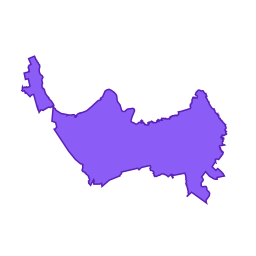 Hauraki District, Waikato, New Zealand (Albers equal-area conic projection), rotated 348°
{"feature_id": "76426892B20926799897700", "entity_name": "Hauraki District", "entity_type": "district", "adm_level": 2, "iso_a3": "NZL", "parent_name": "New Zealand", "parent_adm1": "Waikato", "projection": "albers", "projection_center": [175.627, -37.294], "detail": "fine", "context": "isolated", "style": "filled", "palette": "violet", "viewbox_px": 256, "rotation_deg": 348, "n_neighbors": 0, "source": "geoboundaries", "source_scale": "gbopen_adm2", "svg_char_len": 5868}
<svg xmlns="http://www.w3.org/2000/svg" viewBox="0 0 256 256"><g transform="rotate(348 128 128)"><path d="M117.5,86.2L115.3,86.3L113.3,87.1L109.5,92.4L108.1,92.7L107.2,93.4L107.5,94.6L107.2,94.8L104.8,94.9L103.5,95.5L97.6,99.1L91.1,102.6L86.9,103.3L84.2,103.3L84.0,103.8L83.3,103.4L81.3,104.0L80.4,104.9L80.2,105.8L79.7,105.9L79.2,106.5L78.4,106.1L78.7,105.9L79.0,104.9L78.2,103.9L76.8,103.5L74.8,103.5L72.3,102.7L71.4,103.0L71.7,102.6L70.7,102.0L65.6,99.9L61.4,95.8L61.0,95.2L61.0,94.2L59.9,93.1L59.5,91.6L59.2,91.9L55.0,105.5L58.3,107.6L58.5,112.2L56.8,113.7L55.5,113.8L65.1,138.2L70.0,147.8L74.1,153.1L75.0,153.3L76.3,154.6L75.8,155.3L75.7,157.0L74.3,159.7L74.6,160.9L75.1,161.0L75.2,161.5L76.5,162.3L76.9,163.4L77.4,163.4L77.6,164.7L78.9,165.9L79.3,166.7L79.1,167.4L79.5,167.8L79.3,168.5L79.8,170.4L79.3,171.2L78.3,171.7L78.4,172.2L78.1,173.8L79.5,176.2L83.7,171.4L83.9,172.6L83.1,174.2L82.9,175.8L88.8,177.0L90.6,176.6L90.4,179.8L98.9,175.1L110.0,173.2L110.0,172.7L111.2,172.0L112.4,170.7L112.6,170.2L112.5,169.7L129.1,169.4L130.1,171.1L132.9,169.4L141.7,169.3L142.0,170.1L142.0,171.3L141.1,171.9L141.2,174.1L142.6,174.7L144.0,176.2L143.9,177.0L143.2,177.6L144.0,178.6L144.0,179.4L143.6,179.6L143.9,180.9L144.8,180.9L145.6,181.3L148.3,180.6L149.0,180.8L151.5,179.9L152.4,180.0L155.7,182.0L157.2,184.0L160.2,182.5L161.4,186.1L161.8,185.9L161.4,182.8L163.0,183.8L174.2,184.0L174.5,186.8L174.3,189.3L173.8,190.3L174.3,191.9L173.7,192.6L173.5,193.9L173.1,194.3L173.5,195.1L173.2,195.3L173.4,196.0L173.2,196.3L173.6,197.3L173.6,199.3L173.8,199.7L173.6,200.9L173.9,202.3L173.4,203.1L173.3,204.0L173.8,205.2L171.2,207.4L176.8,204.0L189.2,217.7L189.1,216.4L189.5,214.7L193.1,211.5L193.8,210.3L194.3,208.6L193.7,206.9L192.3,205.3L192.6,203.2L192.2,201.6L191.4,201.2L188.5,200.9L187.9,200.4L187.7,199.9L187.9,197.7L188.4,196.7L190.6,194.9L190.8,193.9L190.5,192.6L189.7,191.3L194.8,186.9L197.6,192.0L201.3,195.5L203.4,196.5L204.7,196.6L204.8,194.9L212.3,195.0L211.4,192.0L210.7,191.3L210.5,190.6L207.4,186.3L205.1,187.6L202.2,183.4L206.0,179.6L206.6,180.1L206.5,179.6L206.9,178.5L206.6,177.5L207.9,176.5L210.1,177.7L215.2,173.3L215.6,172.5L216.1,171.5L215.5,170.8L214.7,170.7L214.7,169.9L214.9,169.7L214.0,168.6L214.3,168.6L214.2,166.5L213.7,166.5L213.6,165.1L213.9,164.5L219.0,164.7L218.8,164.4L217.5,164.5L217.1,164.1L217.3,163.4L217.0,163.3L217.0,162.7L217.8,160.5L218.4,160.5L218.1,158.8L219.4,158.7L219.5,157.7L218.2,157.0L217.4,157.4L217.0,157.0L217.4,156.5L217.0,156.3L218.3,155.0L218.6,155.2L218.6,154.6L220.2,155.3L220.6,155.2L220.7,154.8L222.4,154.8L223.2,154.3L222.6,153.2L222.7,152.1L223.3,152.0L223.1,151.7L223.3,151.5L222.4,150.7L222.8,149.3L223.7,148.9L224.0,147.5L223.5,146.1L224.1,145.2L223.7,145.0L223.4,144.1L222.8,143.5L222.8,143.2L222.3,143.0L221.8,141.1L221.4,141.0L221.1,140.6L221.2,139.9L220.3,139.3L219.9,138.4L220.1,137.9L219.7,137.9L219.0,136.9L219.2,135.7L218.9,135.1L219.2,134.6L218.9,134.4L219.3,134.2L218.5,133.5L218.7,132.5L217.7,132.6L216.6,130.7L216.2,128.9L216.5,128.7L216.0,127.8L216.2,127.3L215.3,127.1L214.3,126.0L213.5,124.4L212.2,120.3L212.7,119.6L212.5,119.4L212.0,118.6L211.4,117.2L211.6,116.9L211.1,115.1L210.5,114.3L211.1,113.8L210.6,113.8L210.6,113.6L211.3,113.3L211.5,112.8L211.3,112.2L211.5,111.6L211.2,111.2L211.3,110.4L210.3,110.2L209.2,107.3L208.7,107.0L207.5,107.1L205.9,105.9L204.6,105.6L202.0,107.3L201.5,108.4L200.8,109.1L201.1,109.9L202.1,110.6L202.3,111.6L201.9,113.0L200.3,112.5L200.2,112.2L199.9,112.4L199.6,112.1L199.3,112.3L198.8,112.2L198.8,111.6L198.0,111.5L197.5,112.2L197.5,112.7L196.5,113.6L196.1,115.6L195.6,116.6L195.2,116.7L195.2,117.3L194.3,117.9L194.0,117.8L193.4,119.4L193.7,119.7L193.4,120.2L193.6,120.9L193.0,121.9L183.1,122.8L180.6,122.7L180.5,124.8L180.2,125.4L179.3,125.5L178.4,126.2L177.6,125.4L177.2,125.6L176.4,125.3L175.8,125.4L175.7,125.7L173.8,125.2L173.4,125.8L172.0,125.7L172.1,126.4L171.2,126.4L171.0,127.5L170.6,127.9L169.8,127.2L168.0,127.4L166.8,126.4L166.2,126.9L165.1,125.9L164.4,126.1L163.1,125.5L162.7,126.0L163.0,127.5L162.2,127.4L161.6,126.9L161.0,126.8L160.9,127.1L159.6,127.9L159.4,127.4L159.5,126.3L159.2,126.0L158.2,126.9L158.0,127.5L157.6,127.3L157.4,128.3L155.7,128.6L154.9,128.1L153.6,128.0L153.6,127.5L153.1,127.2L153.3,126.9L152.4,126.2L151.8,126.7L150.2,126.7L150.4,127.0L149.7,127.1L149.6,127.6L149.1,127.2L148.4,127.2L148.8,129.1L148.0,129.3L145.6,128.4L145.4,127.8L145.1,127.9L145.1,127.3L144.5,127.0L144.5,126.6L144.2,126.4L144.5,126.0L144.3,125.6L143.3,125.6L143.1,124.4L142.6,123.9L143.4,123.7L143.0,123.2L142.0,123.8L142.3,124.6L141.8,125.7L140.2,124.7L137.4,126.0L136.3,125.7L134.9,124.3L132.5,122.7L132.3,122.2L132.5,121.3L134.1,118.3L137.9,112.7L138.1,111.7L137.9,110.7L136.9,109.8L132.1,109.4L130.8,109.6L128.4,111.1L127.3,111.0L125.9,110.3L125.4,108.9L125.0,103.8L123.3,100.1L123.2,98.1L123.6,94.5L123.5,93.4L122.8,91.8L121.6,89.9L119.6,87.8L117.5,86.2ZM59.3,91.4L59.2,91.0L59.5,91.2L60.0,90.9L60.2,90.4L59.6,88.2L58.6,85.7L56.7,82.9L56.5,81.8L56.0,81.6L56.7,81.7L55.5,79.7L54.3,76.5L54.3,74.6L54.0,74.2L54.2,73.3L53.6,71.7L53.3,71.5L52.9,71.7L52.5,70.4L52.8,67.8L53.1,67.2L53.6,66.9L53.8,64.7L53.6,63.4L53.8,62.6L55.4,60.7L55.0,59.1L53.9,58.1L54.2,58.3L53.3,56.9L52.9,54.8L53.2,52.5L54.5,49.6L54.6,47.8L53.9,46.8L53.8,45.5L52.8,44.2L52.9,43.0L51.9,41.7L52.1,40.7L51.4,39.4L51.7,38.8L51.4,38.3L45.2,39.5L46.4,45.5L44.2,46.2L43.0,47.9L43.2,48.5L43.0,49.2L43.5,50.5L42.5,51.9L43.7,52.4L37.8,52.7L37.8,59.2L40.7,59.1L40.8,66.8L38.5,67.5L37.2,66.6L36.8,67.1L36.5,67.2L35.3,66.5L33.9,66.8L33.5,66.5L33.4,65.9L32.9,67.0L33.1,67.4L32.3,69.0L31.9,69.3L32.8,70.2L34.4,70.0L34.7,71.0L34.6,72.8L34.4,73.0L35.7,72.3L38.7,77.0L40.4,75.7L42.7,75.5L43.5,88.6L43.8,88.5L43.7,91.2L44.1,91.2L44.3,94.2L46.4,92.3L47.7,92.6L48.8,93.2L50.3,92.3L50.8,92.4L54.4,91.1L56.4,91.8L57.1,91.4L58.7,91.8L58.6,91.5L59.3,91.4Z" fill="#8b5cf6" stroke="#5b21b6" stroke-width="1.5"/></g></svg>